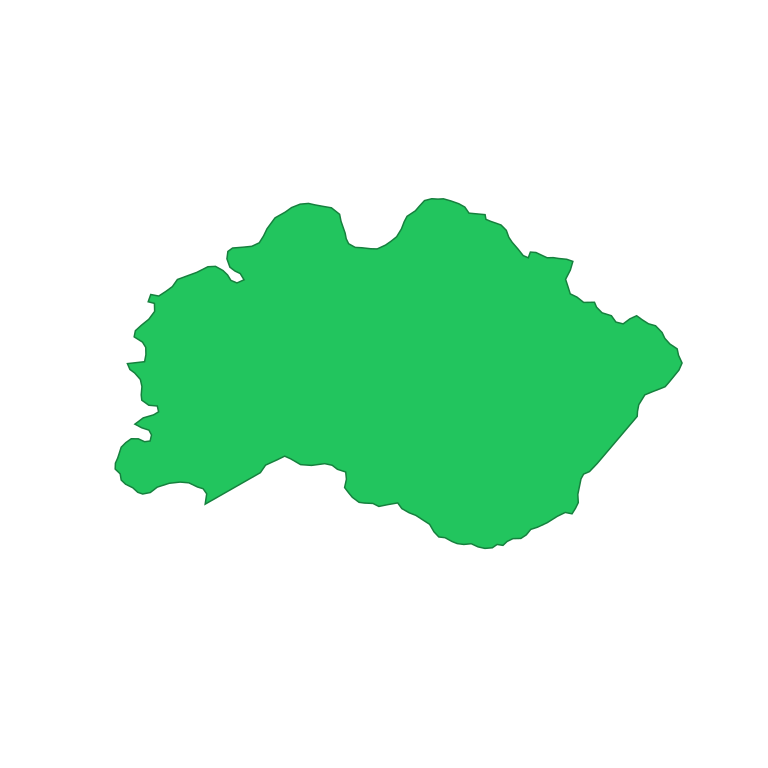 outline of Santo Antônio da Barra, Goiás, Brazil, rotated 244°
{"feature_id": "56859067B73524434673838", "entity_name": "Santo Antônio da Barra", "entity_type": "district", "adm_level": 2, "iso_a3": "BRA", "parent_name": "Brazil", "parent_adm1": "Goiás", "projection": "natural_earth1", "projection_center": [-50.62, -17.518], "detail": "fine", "context": "isolated", "style": "filled", "palette": "green", "viewbox_px": 768, "rotation_deg": 244, "n_neighbors": 0, "source": "geoboundaries", "source_scale": "gbopen_adm2", "svg_char_len": 2763}
<svg xmlns="http://www.w3.org/2000/svg" viewBox="0 0 768 768"><g transform="rotate(244 384 384)"><path d="M561.3,208.1L557.1,213.0L549.8,209.7L545.3,201.0L543.2,191.8L540.9,183.9L535.9,180.1L527.5,185.3L521.3,185.9L514.8,182.9L509.0,178.6L514.8,162.3L508.4,162.0L503.3,164.7L494.9,167.0L487.8,165.3L480.6,161.0L475.6,159.2L468.0,163.3L463.6,170.6L457.8,169.2L457.3,163.3L459.1,152.7L457.1,142.5L450.9,147.0L445.6,152.5L440.1,152.7L435.3,148.8L437.1,143.5L442.4,139.2L445.6,132.8L444.5,126.2L442.4,120.1L437.7,115.6L434.1,112.1L430.6,107.9L425.4,105.1L418.9,107.5L412.9,105.7L407.2,107.8L400.9,112.7L394.6,115.2L390.9,118.9L388.9,126.4L390.7,135.0L388.9,147.5L385.2,157.8L380.7,165.3L373.2,171.2L369.2,175.5L363.0,176.5L354.4,170.6L358.5,234.0L363.0,242.0L362.7,256.1L362.7,263.1L357.8,267.2L348.1,273.7L342.6,283.2L338.4,295.8L333.7,301.8L327.8,304.7L321.7,311.0L314.9,308.5L308.2,303.2L301.7,304.5L295.9,305.9L288.6,309.7L285.7,314.0L281.5,321.7L276.2,325.7L273.9,334.6L271.1,344.2L264.2,345.4L257.3,350.1L252.0,355.0L245.0,359.2L237.9,363.5L229.3,364.1L222.5,366.2L219.1,371.5L212.6,376.1L208.5,379.8L204.8,385.4L202.2,392.4L196.4,397.1L192.0,402.6L189.3,409.6L190.2,415.3L186.8,420.2L188.5,425.6L188.5,432.1L185.2,439.3L186.0,445.7L189.0,452.2L188.0,459.2L187.8,470.0L189.1,481.7L189.1,490.6L184.9,496.1L188.3,501.6L192.2,506.6L199.8,509.8L212.4,519.5L215.5,523.9L215.2,530.3L219.1,540.8L243.9,597.4L248.2,599.8L253.7,603.9L259.9,613.7L259.4,621.7L258.3,635.5L261.0,641.8L267.2,655.2L272.2,661.1L280.7,661.3L287.1,662.9L294.6,658.5L301.9,656.4L308.4,656.5L317.3,653.6L322.2,648.1L328.6,644.2L334.6,641.0L334.8,633.7L333.2,625.3L338.0,619.6L345.7,618.3L352.4,611.2L359.9,608.7L365.2,609.0L369.8,599.2L377.4,595.6L383.4,590.9L389.9,591.9L398.5,593.1L404.7,601.4L411.4,607.5L416.0,602.9L420.2,596.1L423.4,591.5L425.9,586.0L430.1,582.6L435.6,578.2L438.4,573.4L434.2,569.0L438.4,565.4L446.6,563.6L455.2,561.3L461.2,560.5L468.5,561.3L475.6,558.9L479.2,555.4L483.4,551.2L487.3,547.8L491.9,549.1L500.3,535.3L507.6,534.2L513.2,530.3L519.1,524.5L524.4,518.6L526.5,513.6L529.6,508.1L531.1,500.8L528.3,493.7L525.9,488.1L524.6,478.2L521.0,473.3L515.7,467.6L510.8,459.9L509.2,452.7L508.2,446.3L508.4,437.1L511.3,431.5L516.3,423.6L519.4,418.0L525.6,413.7L531.1,413.7L536.6,415.2L549.1,416.7L556.0,418.5L565.4,414.0L570.8,406.5L575.3,400.4L579.4,395.3L582.4,387.5L583.1,378.2L581.8,370.6L581.1,358.9L574.8,346.9L569.9,340.7L565.6,333.8L565.7,325.6L568.6,317.7L572.6,307.5L571.6,301.8L565.4,297.7L556.5,296.7L550.8,299.6L546.3,303.2L539.0,303.9L539.3,296.1L544.3,291.8L550.6,291.2L556.6,289.0L563.6,284.1L566.6,277.1L566.4,264.7L567.3,256.1L568.5,244.1L564.3,236.5L562.8,228.1L561.8,220.1L566.7,213.6L561.3,208.1Z" fill="#22c55e" stroke="#15803d" stroke-width="1.5"/></g></svg>